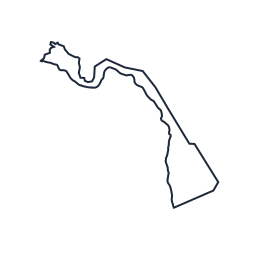 Khazarasp, Khorezm, Uzbekistan, rotated 13°
{"feature_id": "79887680B22974802062613", "entity_name": "Khazarasp", "entity_type": "district", "adm_level": 2, "iso_a3": "UZB", "parent_name": "Uzbekistan", "parent_adm1": "Khorezm", "projection": "natural_earth1", "projection_center": [61.541, 40.963], "detail": "fine", "context": "isolated", "style": "outline", "palette": "slate", "viewbox_px": 256, "rotation_deg": 13, "n_neighbors": 0, "source": "geoboundaries", "source_scale": "gbopen_adm2", "svg_char_len": 2007}
<svg xmlns="http://www.w3.org/2000/svg" viewBox="0 0 256 256"><g transform="rotate(13 128 128)"><path d="M196.4,128.6L191.3,129.5L161.7,99.1L145.4,82.0L129.5,69.2L111.3,69.7L91.4,65.8L81.8,75.6L83.6,86.4L82.5,90.6L78.7,92.3L75.3,91.7L74.1,89.1L70.4,89.7L67.7,85.4L67.4,79.4L65.5,75.8L65.1,71.2L63.0,70.3L60.7,70.9L53.6,69.2L48.9,65.7L47.0,62.8L41.4,62.1L40.3,60.7L38.2,62.6L36.3,61.5L33.6,61.6L33.5,64.0L37.6,65.6L35.1,67.1L34.1,69.2L35.0,72.3L30.4,75.3L30.5,78.9L27.9,82.2L27.9,82.3L29.2,82.4L30.1,82.0L30.3,81.9L30.5,81.8L31.5,81.9L34.7,82.1L37.6,81.9L38.4,82.0L41.8,82.5L44.6,82.4L45.5,83.3L46.2,84.1L46.3,84.4L46.7,85.1L48.4,86.7L50.3,86.7L52.1,86.2L52.4,86.2L54.2,86.2L55.2,86.6L56.1,87.4L56.9,88.2L57.1,88.4L57.3,88.6L60.0,91.5L61.3,92.7L62.3,93.2L63.2,93.8L65.9,94.6L70.3,96.8L72.3,97.2L73.1,96.9L73.7,97.3L76.8,97.4L77.5,97.2L78.5,97.4L83.3,96.9L83.7,96.5L84.5,96.6L86.8,96.1L88.2,95.2L89.2,94.1L89.8,93.1L90.4,91.6L90.9,89.8L91.3,87.3L91.6,86.6L92.6,85.1L92.6,83.5L92.3,79.7L92.4,77.9L93.3,75.9L94.8,73.8L96.1,73.0L97.6,72.9L102.7,73.7L104.4,74.4L107.3,76.1L109.5,76.7L114.6,77.1L118.3,75.6L119.7,75.6L121.3,76.5L122.2,77.3L123.3,79.3L124.1,81.9L125.2,83.0L126.7,83.9L128.6,84.5L132.2,84.9L133.6,85.7L136.8,89.3L138.1,90.9L139.5,92.3L142.7,94.4L143.8,95.1L147.0,96.0L152.5,101.4L156.0,103.4L157.4,105.8L158.4,108.7L158.3,110.1L157.9,111.3L158.3,112.0L158.8,112.8L160.1,113.6L161.7,113.8L164.9,115.6L166.0,116.0L167.2,117.2L168.1,118.6L169.0,120.8L168.9,122.6L169.4,124.5L170.9,125.1L171.5,126.2L171.3,127.4L170.9,130.7L171.1,133.3L171.5,134.7L171.5,135.8L171.6,138.5L172.1,139.8L172.3,145.3L172.1,147.3L171.8,148.5L172.2,151.2L172.1,151.9L173.0,153.5L175.6,157.6L176.4,160.4L177.7,162.4L178.2,170.1L179.1,172.3L180.5,173.6L181.0,174.0L182.6,176.1L182.9,176.8L184.3,179.4L185.2,181.7L185.4,182.1L186.2,184.0L186.5,186.9L186.9,188.6L187.3,189.6L189.0,192.5L189.3,193.2L190.2,194.7L190.3,194.8L190.7,195.3L225.3,169.7L228.1,160.4L196.4,128.6Z" fill="none" stroke="#1e293b" stroke-width="2"/></g></svg>